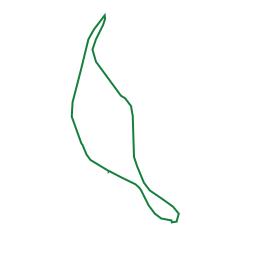 Janjanbureh, Central River, Gambia (Equal Earth projection), rotated 53°
{"feature_id": "56634734B22755125769096", "entity_name": "Janjanbureh", "entity_type": "district", "adm_level": 2, "iso_a3": "GMB", "parent_name": "Gambia", "parent_adm1": "Central River", "projection": "equal_earth", "projection_center": [-14.759, 13.54], "detail": "fine", "context": "isolated", "style": "outline", "palette": "green", "viewbox_px": 256, "rotation_deg": 53, "n_neighbors": 0, "source": "geoboundaries", "source_scale": "gbopen_adm2", "svg_char_len": 765}
<svg xmlns="http://www.w3.org/2000/svg" viewBox="0 0 256 256"><g transform="rotate(53 128 128)"><path d="M229.7,149.8L230.3,148.7L232.0,145.6L227.0,139.0L218.0,139.4L207.9,142.5L190.9,148.2L181.2,148.2L163.8,143.7L154.7,140.6L121.0,116.8L118.7,115.7L112.3,112.4L102.6,112.4L100.3,113.3L97.9,114.2L55.8,113.7L44.0,109.2L38.0,100.4L30.7,85.9L27.0,80.6L24.0,78.8L24.2,79.5L28.7,95.6L30.0,98.6L33.3,106.2L43.6,118.8L43.8,119.0L46.4,122.2L53.1,130.4L74.1,156.8L76.7,159.0L85.1,166.1L112.2,174.5L114.2,174.5L116.8,175.2L124.3,177.1L130.4,177.2L131.0,177.2L150.7,169.3L151.1,169.6L151.0,169.0L163.8,162.9L177.5,155.9L181.8,155.0L185.5,155.0L201.6,158.0L201.9,158.1L212.6,158.1L220.3,155.9L228.0,148.9L229.7,149.8Z" fill="none" stroke="#15803d" stroke-width="2"/></g></svg>